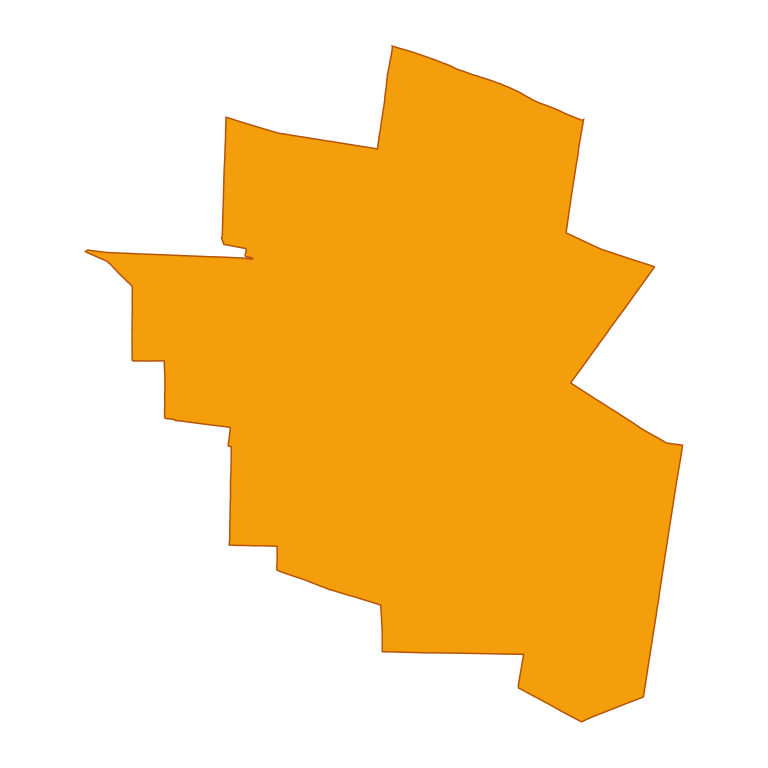 Darvari, Mehedinti, Romania
{"feature_id": "2599482B46217743952621", "entity_name": "Darvari", "entity_type": "district", "adm_level": 2, "iso_a3": "ROU", "parent_name": "Romania", "parent_adm1": "Mehedinti", "projection": "equal_earth", "projection_center": [23.05, 44.199], "detail": "fine", "context": "isolated", "style": "filled", "palette": "amber", "viewbox_px": 768, "rotation_deg": 0, "n_neighbors": 0, "source": "geoboundaries", "source_scale": "gbopen_adm2", "svg_char_len": 6033}
<svg xmlns="http://www.w3.org/2000/svg" viewBox="0 0 768 768"><path d="M643.4,696.9L643.5,696.6L643.6,696.1L643.8,694.4L645.6,683.1L648.2,665.8L649.2,659.5L650.7,650.2L651.3,646.1L652.1,641.2L653.3,633.2L654.1,628.6L654.7,624.5L655.6,618.8L656.3,614.7L656.7,611.3L657.9,603.7L658.7,599.4L659.0,596.1L659.4,593.4L668.4,534.4L676.5,482.3L681.1,455.4L682.5,445.2L676.2,444.3L673.2,444.0L666.4,442.9L665.9,442.8L665.4,442.4L663.4,441.1L660.3,439.3L648.6,432.8L645.3,430.9L639.8,427.6L632.7,422.6L625.5,418.1L618.5,413.5L613.6,410.4L610.3,408.4L599.7,401.6L593.9,398.0L589.5,395.1L570.7,383.0L574.1,378.1L576.2,375.2L579.4,371.0L582.8,366.3L585.8,362.1L590.9,355.0L593.6,351.2L597.9,345.5L600.8,341.2L603.8,337.3L607.3,332.4L610.4,327.9L612.0,325.6L615.0,321.6L618.7,316.5L626.6,305.9L633.6,296.0L644.7,280.7L650.2,273.0L652.2,270.3L654.4,267.0L653.0,266.3L649.0,264.9L629.7,258.7L616.4,254.3L611.9,252.7L605.4,250.6L601.6,249.4L600.7,249.0L594.7,246.3L576.5,237.7L566.1,232.9L568.0,219.3L571.7,193.8L576.5,163.2L578.2,153.2L578.5,149.1L578.7,147.8L579.0,146.0L583.6,119.5L582.9,119.9L582.4,120.1L581.7,120.1L581.1,120.0L572.9,116.7L568.2,114.8L565.1,113.5L559.0,110.5L554.6,108.7L550.8,107.1L542.1,103.9L540.9,103.5L540.1,103.2L538.6,102.6L534.2,100.6L531.3,99.2L530.5,98.6L524.0,95.0L520.1,92.6L518.1,91.6L514.7,90.1L512.0,88.8L509.4,87.6L507.3,86.7L504.1,85.5L499.8,83.5L499.2,83.3L497.9,83.1L490.6,80.3L488.4,79.7L483.3,77.9L481.6,77.5L480.2,77.1L478.9,76.5L477.1,75.9L474.8,75.3L472.6,74.8L469.1,73.4L465.4,72.0L462.9,71.1L460.1,70.3L458.0,69.5L453.9,67.8L452.3,66.7L447.2,64.5L444.1,63.4L442.5,62.8L438.1,61.1L426.1,56.7L421.8,55.3L415.6,53.1L411.2,51.7L408.4,50.8L405.9,50.1L399.4,48.3L393.2,46.3L392.1,46.1L392.4,47.0L392.0,50.6L391.8,51.8L390.0,61.3L389.4,64.7L389.2,66.0L388.8,67.7L388.2,71.3L387.8,73.5L387.4,74.3L387.4,76.1L387.2,77.6L387.0,79.2L386.8,79.4L387.0,79.8L386.7,81.2L386.5,82.3L386.6,83.3L386.5,84.8L386.3,86.5L385.2,94.1L385.0,95.8L384.5,101.9L381.3,122.3L380.5,128.7L379.1,136.3L378.8,138.7L377.9,145.7L377.5,148.6L377.4,149.1L376.3,148.7L374.5,148.5L373.6,148.2L371.8,148.0L367.6,147.3L364.8,146.9L362.5,146.5L361.5,146.4L360.5,146.2L356.8,145.7L355.0,145.3L343.4,143.5L338.9,142.7L336.6,142.4L331.9,141.5L326.8,140.9L325.2,140.6L323.7,140.4L320.1,139.8L318.5,139.5L312.6,138.6L308.9,138.0L307.5,137.7L302.7,137.0L301.0,136.7L299.9,136.6L298.8,136.4L297.0,136.1L289.9,135.0L288.6,134.7L282.3,133.7L280.1,133.5L278.9,133.3L278.3,133.1L271.1,131.0L269.9,130.6L268.8,130.3L263.6,128.8L262.1,128.3L255.9,126.5L254.7,126.1L240.8,121.9L226.3,117.2L226.0,117.3L225.9,124.2L225.7,127.5L225.5,138.9L225.1,147.6L224.8,157.9L224.1,171.0L223.3,202.1L223.3,204.4L223.2,206.4L222.9,211.8L222.7,222.3L222.4,229.4L222.5,230.7L222.4,232.0L222.2,236.4L222.1,237.0L221.6,237.7L221.5,237.9L221.5,238.2L221.6,238.4L221.9,238.8L222.3,239.8L222.5,240.7L222.9,241.6L223.6,243.9L223.7,244.2L224.1,244.5L227.4,245.0L245.5,248.5L246.0,248.8L246.3,249.1L246.3,250.0L245.8,252.3L245.1,255.0L245.1,255.3L245.2,255.7L245.5,256.2L245.9,256.6L246.4,256.8L249.1,257.1L249.8,257.3L252.6,258.2L252.2,259.2L243.6,258.1L239.3,257.9L232.8,257.6L222.7,257.1L208.5,256.7L158.9,254.6L138.1,253.9L127.1,253.3L120.1,253.1L106.3,252.4L104.0,252.2L90.3,250.4L88.4,250.1L87.7,250.0L87.4,250.1L86.7,250.7L85.5,251.6L86.2,251.9L87.6,252.8L88.3,253.2L93.7,255.4L99.7,258.1L105.5,260.5L106.3,261.0L107.4,261.7L109.5,263.5L110.6,264.5L113.0,267.0L114.1,268.4L115.1,269.3L118.7,273.2L123.7,278.1L124.7,279.0L126.9,281.2L127.9,282.2L128.9,283.0L129.7,283.8L132.3,286.6L132.3,293.1L132.3,297.3L132.3,299.1L132.2,301.6L132.2,303.2L132.3,305.0L132.3,305.7L132.3,310.3L132.3,311.9L132.3,314.6L132.2,315.5L132.1,324.0L132.1,325.6L132.0,329.6L132.0,331.5L132.1,332.7L132.1,338.2L132.0,340.0L132.2,353.5L132.1,357.3L132.1,359.4L132.2,360.1L132.5,360.4L133.1,360.7L133.1,361.0L144.3,360.9L147.3,361.0L151.1,361.0L154.6,360.9L159.5,361.0L164.2,360.8L164.3,362.9L164.4,366.5L164.6,371.2L164.9,373.3L164.9,374.7L164.9,380.2L164.9,381.5L164.9,383.3L164.9,384.6L165.0,386.3L164.8,390.7L164.9,391.6L164.7,392.5L164.6,396.3L164.8,398.9L164.8,399.9L164.8,402.9L164.9,403.8L164.6,408.1L164.6,413.9L164.5,415.4L164.5,416.8L164.6,417.4L164.9,417.9L165.2,418.2L166.0,418.5L167.0,418.7L168.7,418.7L170.9,419.1L172.8,419.4L174.1,419.5L174.7,419.6L174.9,419.9L175.3,420.6L176.2,420.7L177.6,420.7L178.4,420.7L191.0,422.4L195.1,422.9L209.5,424.8L218.3,425.8L220.7,426.2L225.4,426.7L229.4,427.3L230.0,427.5L230.2,427.8L230.4,428.1L230.4,428.5L230.3,428.9L230.1,430.9L229.8,432.3L229.4,436.0L229.3,436.7L229.1,437.9L229.0,438.6L229.1,439.2L229.0,439.9L228.7,441.2L228.5,442.8L228.2,444.2L228.2,445.1L228.3,445.8L228.8,446.1L231.3,446.8L231.2,454.3L231.2,456.6L231.2,458.2L231.2,460.4L231.1,463.0L231.1,464.7L231.1,466.0L231.0,468.3L231.0,470.6L230.9,472.9L230.5,480.6L230.5,484.1L230.4,487.9L230.5,488.8L230.5,496.6L230.5,499.4L230.3,501.6L230.1,512.1L230.1,515.3L230.0,519.7L229.8,522.5L229.9,526.6L229.8,530.8L229.8,534.3L229.7,539.3L229.2,544.6L229.2,545.1L229.4,545.1L236.2,545.4L244.8,545.5L255.8,545.8L264.2,545.8L267.1,546.0L269.5,546.0L272.1,546.1L277.1,546.3L277.2,546.9L277.2,547.8L277.1,549.4L277.2,558.2L277.1,561.9L276.9,563.9L276.8,566.6L276.9,568.5L276.9,570.0L279.6,571.3L285.7,573.5L305.9,580.3L310.9,582.4L317.4,584.8L321.0,586.4L323.5,587.1L325.6,588.0L328.1,589.2L328.5,589.4L331.1,590.0L335.5,591.2L336.5,591.6L349.9,595.7L351.1,595.9L369.5,601.5L379.4,604.7L380.7,605.0L380.9,608.2L381.3,615.0L381.5,617.1L381.6,620.9L381.8,623.7L382.2,631.8L382.3,651.7L395.1,652.0L425.0,652.8L455.4,653.1L488.2,653.7L506.5,654.1L523.6,654.3L521.5,666.5L521.3,668.1L520.9,670.3L520.3,673.6L520.0,675.2L519.8,676.6L519.5,678.1L519.5,678.6L519.3,679.8L519.0,681.2L518.9,681.8L518.3,685.7L518.3,686.7L518.3,687.1L518.5,687.6L518.8,688.2L521.1,689.3L530.9,694.6L544.7,702.0L550.2,704.9L561.1,711.1L577.0,719.5L580.9,721.6L581.3,721.9L585.3,720.1L586.9,719.3L592.4,716.9L608.1,710.7L616.9,707.3L626.6,703.4L642.5,697.3L643.4,696.9Z" fill="#f59e0b" stroke="#b45309" stroke-width="1.5"/></svg>